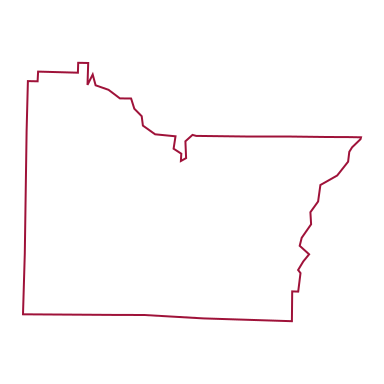 Lawrence, Arkansas, United States of America
{"feature_id": "52423323B35543237136284", "entity_name": "Lawrence", "entity_type": "district", "adm_level": 2, "iso_a3": "USA", "parent_name": "United States of America", "parent_adm1": "Arkansas", "projection": "orthographic", "projection_center": [-91.031, 36.069], "detail": "fine", "context": "isolated", "style": "outline", "palette": "rose", "viewbox_px": 384, "rotation_deg": 0, "n_neighbors": 0, "source": "geoboundaries", "source_scale": "gbopen_adm2", "svg_char_len": 751}
<svg xmlns="http://www.w3.org/2000/svg" viewBox="0 0 384 384"><path d="M203.3,318.4L291.9,321.2L292.2,291.4L298.2,291.6L300.5,273.1L298.1,270.0L303.3,261.4L309.1,254.3L299.7,245.8L301.7,237.8L311.1,224.3L310.4,212.2L318.1,201.5L320.4,185.0L337.2,175.5L348.1,161.7L349.3,151.8L352.1,147.3L360.5,139.2L361.0,137.3L349.2,137.1L326.5,137.0L286.3,136.5L245.3,136.5L196.2,135.9L192.5,134.9L185.4,141.3L186.1,158.1L180.9,161.0L181.3,153.7L173.6,148.7L175.5,136.3L155.1,134.3L142.9,125.6L141.7,116.2L134.3,108.7L131.1,98.5L119.9,98.4L108.5,89.8L95.6,85.3L92.7,74.5L87.5,84.9L88.2,63.0L78.2,62.8L77.9,72.7L38.1,71.6L37.6,81.3L27.9,81.1L26.6,131.1L24.8,253.3L23.0,314.3L111.1,314.9L144.3,315.0L203.3,318.4Z" fill="none" stroke="#9f1239" stroke-width="2"/></svg>